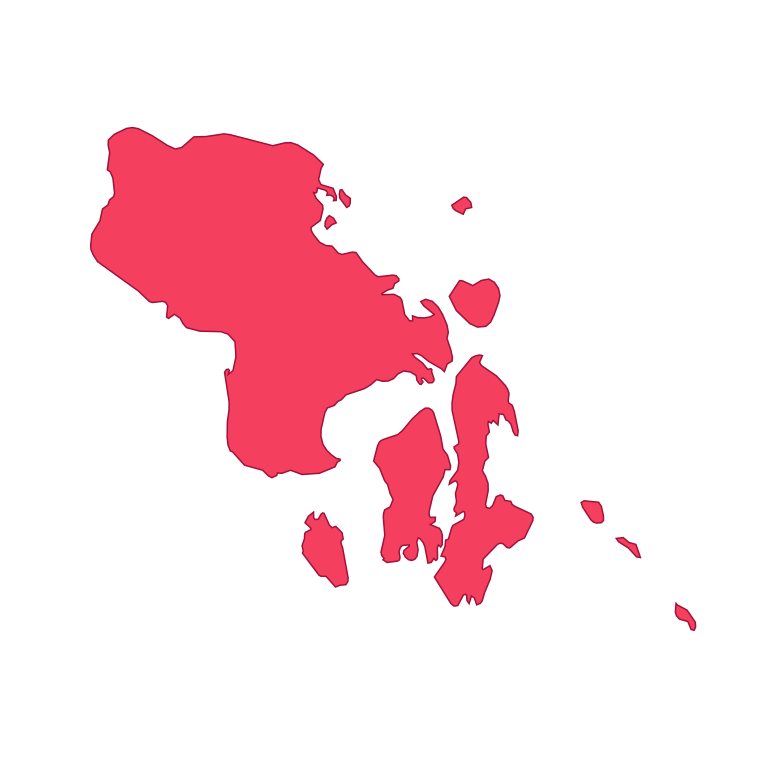 an SVG outline of Sulawesi Tenggara, rotated 350°
{"feature_id": "IDN-556", "entity_name": "Sulawesi Tenggara", "entity_type": "Province", "adm_level": 1, "iso_a3": "IDN", "parent_name": "Indonesia", "parent_adm1": "", "projection": "robinson", "projection_center": [122.493, -4.447], "detail": "fine", "context": "isolated", "style": "filled", "palette": "rose", "viewbox_px": 768, "rotation_deg": 350, "n_neighbors": 0, "source": "natural_earth", "source_scale": "10m", "svg_char_len": 6163}
<svg xmlns="http://www.w3.org/2000/svg" viewBox="0 0 768 768"><g transform="rotate(350 384 384)"><path d="M362.4,157.2L359.4,160.9L355.1,171.3L356.5,176.7L367.9,182.5L369.7,191.2L368.8,194.9L366.1,194.7L367.3,192.5L366.1,190.2L363.5,188.5L360.4,188.3L361.7,185.7L360.0,183.0L352.5,179.3L351.3,183.2L350.0,184.1L347.9,183.2L349.5,189.5L354.6,197.2L354.3,201.1L349.7,211.9L339.4,217.0L339.0,219.9L340.2,224.0L345.2,233.3L350.7,237.5L356.8,239.2L361.7,247.3L365.0,249.1L375.7,248.6L379.3,249.7L384.2,260.1L393.9,274.9L397.0,277.4L411.6,278.3L414.8,279.4L416.9,283.0L416.6,285.0L411.8,287.1L409.5,291.3L403.6,292.2L397.5,294.7L397.7,295.7L409.3,297.4L414.8,301.4L416.1,304.5L416.5,319.4L420.1,326.1L422.8,326.9L423.3,326.3L423.9,321.8L428.5,324.4L435.0,325.9L441.3,325.9L445.6,324.3L436.8,314.1L434.5,309.2L439.8,307.8L446.0,311.0L450.7,317.7L453.8,325.8L456.3,336.9L456.3,344.4L453.9,350.1L455.7,361.7L456.0,369.6L455.2,373.1L449.7,375.3L445.6,382.3L443.1,378.9L431.8,369.4L425.8,362.5L422.0,359.9L417.1,359.2L418.9,362.8L425.6,370.0L429.5,377.1L433.0,377.1L433.7,378.3L433.0,379.7L434.2,388.0L433.4,389.9L431.7,391.1L427.9,390.6L423.9,384.9L422.0,384.9L421.6,386.1L422.8,388.7L420.6,390.9L419.1,390.3L417.1,386.1L417.1,381.2L412.2,376.8L405.4,374.6L399.5,376.5L394.2,380.4L388.6,381.8L382.9,381.0L377.5,378.4L371.1,382.3L364.2,385.1L344.8,388.0L339.2,392.1L335.4,393.2L331.5,396.4L324.1,397.7L320.7,402.1L314.2,417.6L312.8,424.6L313.4,432.9L316.1,439.4L319.9,444.6L324.1,449.0L327.6,450.3L327.6,451.7L324.5,452.7L321.3,457.1L304.9,460.7L287.6,458.9L277.0,452.7L268.1,454.2L263.6,453.2L262.4,455.5L257.3,456.8L254.2,454.4L249.5,447.8L232.5,439.7L223.2,424.6L221.0,423.3L219.8,417.0L220.3,409.1L223.2,394.0L226.9,382.6L228.4,374.7L229.0,344.8L231.2,342.4L233.4,342.4L234.0,343.8L232.3,347.5L237.6,344.6L242.9,331.5L244.6,316.5L239.1,307.8L232.6,304.2L211.9,300.0L199.4,294.3L196.5,289.6L194.7,283.8L189.8,279.0L183.1,282.0L181.5,280.3L184.6,269.2L183.0,265.6L180.5,264.2L169.9,263.5L167.3,262.0L158.1,249.6L123.2,213.8L120.0,206.2L118.8,200.7L119.3,196.2L122.4,185.6L132.5,174.1L137.2,162.7L143.2,159.8L145.6,155.2L150.5,152.3L151.8,149.0L152.8,134.2L151.2,127.4L148.7,125.1L154.0,108.5L153.8,100.8L155.0,95.8L161.9,91.2L174.7,87.6L181.0,87.8L186.6,90.0L198.6,99.0L212.3,111.6L219.4,116.4L226.0,115.9L239.7,107.6L251.6,109.4L270.0,109.9L275.9,111.8L315.8,130.0L328.7,129.3L334.3,130.2L340.5,133.6L354.5,146.3L362.4,157.2ZM491.2,526.9L506.3,537.5L507.7,540.9L506.9,544.3L495.6,560.0L488.7,561.8L479.4,567.3L476.7,566.4L473.4,561.9L470.9,560.9L467.9,561.6L451.2,573.7L448.7,583.0L449.5,584.0L456.8,581.3L458.1,586.6L454.6,594.8L446.7,607.2L443.1,614.5L440.8,616.7L437.0,617.6L435.8,610.4L433.3,608.0L429.7,615.1L428.1,611.7L428.6,607.1L427.9,605.3L425.7,605.4L418.2,615.0L414.5,614.9L411.8,611.9L400.1,582.8L412.8,570.1L414.5,567.4L414.1,564.9L410.3,563.4L416.0,554.4L417.5,548.5L420.5,547.9L425.5,537.6L427.4,535.2L439.1,531.2L441.0,527.3L440.9,523.9L440.0,523.2L431.6,526.5L433.0,523.5L431.1,521.0L431.4,518.6L434.1,514.7L435.0,512.0L435.3,504.4L439.3,495.9L438.7,492.7L437.1,491.7L430.8,494.1L432.3,490.6L441.5,481.8L444.1,474.4L444.3,465.8L442.0,460.0L442.1,458.1L447.0,456.0L447.7,453.5L446.5,421.9L447.7,414.5L450.1,406.8L455.0,395.8L456.6,389.2L474.9,373.4L478.5,372.3L483.1,372.0L485.9,373.1L481.9,379.2L483.0,382.6L496.1,395.5L503.2,406.5L504.8,410.6L505.5,414.9L503.3,422.6L503.7,424.5L506.6,427.2L507.6,433.5L508.0,453.3L506.6,458.1L504.3,457.1L502.9,453.3L502.1,445.8L500.0,442.0L497.8,440.5L496.5,434.8L492.2,433.4L489.1,444.1L485.2,438.8L482.8,441.3L480.3,439.0L479.4,441.4L479.4,449.6L475.6,453.0L473.8,460.9L474.2,474.5L470.0,477.4L465.8,486.4L468.0,492.7L469.2,499.9L468.1,507.1L463.1,520.0L463.4,523.4L466.4,524.8L469.8,522.7L475.0,514.4L479.4,513.5L481.5,514.7L482.8,519.7L488.5,521.6L489.3,524.8L491.2,526.9ZM434.1,465.1L435.4,476.3L434.1,479.9L429.2,478.9L426.2,485.8L412.7,502.5L406.2,517.7L405.7,521.6L406.6,523.4L411.5,524.1L410.4,528.3L405.2,530.5L413.4,535.7L414.8,539.0L415.2,543.3L413.4,552.4L411.5,554.4L409.6,551.9L408.1,554.5L406.4,565.2L405.2,566.5L404.1,566.6L402.9,564.4L399.5,567.9L396.2,568.1L396.0,551.2L395.0,546.8L392.4,542.4L390.9,541.5L388.8,545.4L388.8,553.2L386.5,559.6L383.8,562.0L380.7,562.6L377.7,561.3L375.1,558.3L373.6,553.9L374.9,551.3L380.9,547.9L380.9,546.8L374.1,546.2L371.6,547.9L369.7,551.8L369.6,557.7L368.7,559.9L366.5,560.8L356.0,560.3L352.5,557.0L353.8,555.8L352.0,552.6L351.8,549.1L358.5,533.2L360.2,514.8L361.3,510.9L362.8,508.1L368.7,506.1L372.9,499.3L371.1,493.4L370.1,483.7L367.8,479.3L365.0,466.1L360.4,458.1L366.9,443.8L369.6,440.1L373.2,438.6L388.8,436.2L393.8,433.3L405.7,423.3L414.9,417.3L420.5,414.9L423.9,415.6L426.6,418.0L427.9,420.9L430.8,445.2L430.8,458.5L434.1,465.1ZM316.9,523.3L316.9,529.6L314.6,531.0L314.0,533.2L314.8,538.3L315.0,568.8L314.0,572.4L311.6,575.0L305.7,574.5L301.0,575.5L293.6,563.4L288.4,562.3L286.7,560.9L274.3,536.4L275.5,534.5L275.2,529.1L278.8,522.5L279.9,517.7L280.9,516.4L286.7,514.7L286.7,512.8L282.1,506.9L286.5,501.2L292.4,497.9L291.5,503.8L292.9,505.6L295.8,505.7L299.6,501.1L301.2,500.3L302.5,500.9L305.7,513.6L307.9,516.5L311.8,515.8L316.9,523.3ZM505.5,298.9L510.4,303.1L513.3,309.7L513.6,317.0L511.2,323.1L504.2,335.4L499.7,341.6L494.2,344.9L486.0,344.2L479.1,339.5L468.0,324.3L463.5,309.0L476.4,295.3L479.5,296.2L488.6,302.5L497.9,298.9L505.5,298.9ZM560.9,533.8L574.8,537.7L576.8,542.2L577.2,552.1L576.5,556.5L574.0,558.3L569.3,557.9L566.3,556.4L564.1,553.6L558.2,539.7L557.6,534.9L560.9,533.8ZM643.1,659.2L649.2,672.5L648.7,677.4L646.7,680.4L643.8,679.1L642.0,670.7L634.1,666.8L631.8,663.1L631.3,659.4L633.5,650.8L634.7,652.7L643.1,659.2ZM501.0,220.3L501.0,225.4L494.8,225.7L491.5,230.6L484.7,225.7L482.7,223.2L481.8,219.7L495.0,213.8L497.7,214.8L501.0,220.3ZM597.7,582.6L604.2,585.7L606.4,599.4L602.8,598.2L596.2,587.9L587.7,580.2L585.9,576.4L592.9,576.8L597.7,582.6ZM379.0,191.2L383.1,195.3L382.1,200.2L380.6,202.6L378.0,203.7L372.8,193.4L373.0,189.2L374.4,185.4L376.3,185.3L379.0,191.2ZM359.4,208.7L363.1,211.9L365.0,217.0L360.3,218.1L354.8,221.6L353.3,218.2L354.3,214.1L356.7,210.6L359.4,208.7Z" fill="#f43f5e" stroke="#9f1239" stroke-width="1.5"/></g></svg>